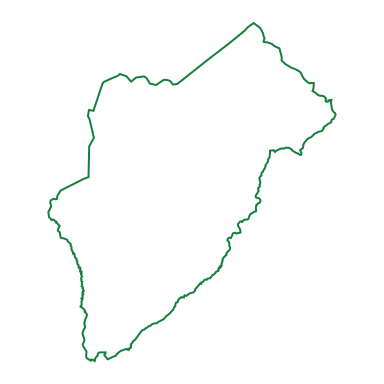 Ulma, Suceava, Romania (Albers equal-area conic projection)
{"feature_id": "2599482B36214324611415", "entity_name": "Ulma", "entity_type": "district", "adm_level": 2, "iso_a3": "ROU", "parent_name": "Romania", "parent_adm1": "Suceava", "projection": "albers", "projection_center": [25.264, 47.853], "detail": "fine", "context": "isolated", "style": "outline", "palette": "green", "viewbox_px": 384, "rotation_deg": 0, "n_neighbors": 0, "source": "geoboundaries", "source_scale": "gbopen_adm2", "svg_char_len": 5870}
<svg xmlns="http://www.w3.org/2000/svg" viewBox="0 0 384 384"><path d="M253.6,23.0L247.5,27.5L244.8,30.6L228.6,43.8L207.6,59.9L177.4,83.9L173.0,84.6L170.2,81.0L166.9,79.9L163.7,79.9L156.0,85.0L150.0,83.6L146.5,78.1L144.1,76.4L136.2,77.5L131.1,81.6L126.2,76.1L119.8,74.0L118.1,75.7L111.1,78.6L103.8,82.0L102.5,83.7L93.4,110.8L89.0,110.0L87.9,116.0L89.6,119.5L93.9,137.8L89.2,146.4L88.5,177.1L83.9,178.8L60.3,190.7L59.1,193.2L57.3,195.8L57.0,198.6L56.7,199.1L56.0,199.3L53.9,198.9L52.9,199.1L51.1,200.2L50.5,201.0L50.2,202.2L51.0,205.6L51.1,206.5L49.8,209.4L48.5,211.5L48.4,212.1L48.9,216.6L49.2,217.4L50.9,219.1L51.4,220.2L53.4,219.5L53.8,219.7L54.2,220.0L54.9,221.2L56.6,221.8L56.6,222.4L56.2,222.7L56.3,223.0L57.3,223.5L58.6,224.8L58.8,225.5L59.6,225.8L59.6,226.3L58.7,227.8L57.8,230.1L58.1,231.0L59.4,231.9L59.8,232.7L60.4,236.6L61.0,238.1L63.6,238.3L67.2,239.8L67.6,241.2L70.6,243.9L70.8,244.7L70.6,245.2L70.7,245.7L71.5,247.2L71.6,248.0L71.4,248.8L72.0,250.5L72.5,251.0L72.5,251.8L73.2,252.6L73.0,253.7L73.5,253.8L74.2,253.6L74.4,253.8L74.4,255.1L74.7,255.7L74.7,256.7L75.8,258.3L76.6,258.9L76.4,260.0L76.9,260.8L77.4,261.2L77.1,262.1L77.5,263.9L77.6,264.5L78.4,264.8L78.4,265.8L78.9,266.6L78.8,267.5L79.5,267.2L80.1,267.4L80.0,268.0L80.4,268.5L79.9,270.8L80.1,271.2L80.3,271.4L81.1,271.2L81.6,271.6L81.6,272.0L80.7,272.1L80.6,272.3L81.0,272.8L81.0,273.9L81.6,274.0L81.4,275.3L82.1,276.4L81.3,277.5L81.3,278.5L81.1,279.0L81.5,279.6L81.3,281.0L82.3,281.9L81.8,283.3L82.1,284.3L82.1,284.9L81.6,285.9L82.1,286.1L82.6,286.9L82.9,287.6L82.6,288.2L83.0,288.6L83.3,289.9L83.8,290.8L83.6,291.1L82.8,291.3L83.1,292.5L82.4,293.0L82.8,294.0L82.6,294.4L83.2,294.5L82.4,295.9L82.7,297.1L82.1,297.6L82.1,297.9L82.5,298.6L81.7,298.9L82.2,299.3L82.2,299.8L81.4,301.7L81.6,302.2L81.6,304.9L81.2,305.7L80.6,306.2L80.5,306.7L81.6,307.1L82.0,307.8L83.3,308.5L85.1,310.9L84.6,311.6L84.7,311.9L85.0,312.3L85.8,312.6L87.0,314.7L86.6,315.9L86.5,317.0L85.3,319.2L84.3,322.6L84.3,323.4L84.8,324.4L84.6,325.7L85.2,327.1L85.1,327.6L84.1,329.0L82.5,332.8L82.7,334.7L84.1,338.1L84.4,340.0L84.1,341.4L82.8,344.1L82.7,344.6L83.8,347.5L84.5,348.1L85.0,349.4L86.4,351.2L86.5,352.1L86.2,354.5L86.2,356.9L86.9,358.2L90.7,360.7L91.1,360.6L91.1,359.7L91.8,359.6L92.8,359.8L94.7,361.0L95.0,359.9L95.2,358.5L97.8,355.1L97.7,354.8L97.9,353.8L98.8,352.8L99.9,352.4L105.6,352.4L105.5,353.5L104.3,355.0L107.6,359.3L114.4,356.2L115.6,355.9L116.9,353.9L117.9,353.4L118.2,352.8L120.8,350.9L126.0,349.0L126.5,349.0L127.9,349.8L128.1,349.3L128.5,349.7L128.8,349.2L129.1,349.3L129.3,348.5L130.4,348.1L130.4,347.6L130.7,347.5L130.7,347.0L131.0,346.8L131.1,345.6L130.8,345.1L131.0,345.0L131.2,343.9L131.9,343.4L132.9,341.9L133.4,340.7L135.0,339.9L141.7,330.8L143.2,329.8L144.8,329.3L145.6,328.2L147.1,327.6L148.8,326.2L150.1,325.9L152.3,324.1L155.1,323.3L156.8,323.3L158.0,322.1L163.6,319.2L165.1,317.6L166.0,316.2L169.2,313.9L173.4,309.4L173.7,308.4L174.2,307.7L174.2,307.2L175.3,306.2L175.3,305.1L175.8,303.0L176.4,302.5L177.6,302.3L177.8,301.6L177.9,300.4L178.8,299.5L179.4,298.4L180.1,298.2L181.2,297.2L181.9,297.6L182.8,297.2L183.9,297.3L184.0,296.2L184.7,295.3L185.6,295.9L186.3,295.9L189.0,293.8L190.1,293.2L193.0,292.6L194.7,291.2L195.2,289.2L199.2,284.8L199.8,283.7L201.2,283.8L201.1,282.7L201.3,282.4L202.4,282.2L203.2,281.6L204.4,279.9L205.4,279.6L206.4,279.8L206.8,279.7L207.3,278.8L208.3,278.4L209.9,278.4L211.7,276.4L212.4,275.1L214.3,274.2L214.7,273.4L215.3,273.1L215.8,272.0L217.8,270.9L218.4,270.9L218.6,270.4L218.5,269.7L218.3,269.3L218.3,268.9L219.6,268.2L219.1,267.4L219.7,266.9L220.8,267.0L221.0,266.8L220.7,266.3L220.6,265.7L221.6,265.5L221.5,264.2L221.9,262.8L222.3,262.2L222.2,260.8L222.7,260.3L222.6,259.3L222.8,258.7L223.8,257.2L224.7,256.7L225.3,255.7L226.6,254.8L226.4,253.6L227.1,252.5L228.0,251.3L229.5,250.0L229.9,249.1L230.1,247.4L229.4,246.2L229.2,245.2L229.4,243.5L228.9,242.5L228.9,241.7L227.6,240.7L227.4,240.2L227.6,239.2L229.0,237.7L230.8,238.1L232.2,235.4L232.8,233.5L233.0,233.3L235.1,232.7L236.5,233.6L238.0,232.9L240.0,232.8L240.5,232.4L240.3,230.3L239.7,228.5L238.1,225.8L237.8,225.0L238.0,224.0L240.3,221.4L240.9,221.3L242.1,221.9L244.1,219.8L247.5,219.4L248.4,218.9L249.5,215.7L250.7,213.7L251.6,213.5L254.2,211.7L255.9,211.4L256.2,210.3L255.8,208.3L256.3,205.2L256.5,204.8L257.1,204.8L257.7,203.5L259.3,203.0L260.4,201.6L260.4,200.4L260.1,199.4L259.3,198.4L256.2,197.5L255.7,197.0L255.7,196.3L255.9,195.3L258.5,191.3L258.2,189.4L258.3,188.0L259.7,186.7L259.9,186.2L259.5,184.9L260.2,183.7L260.3,182.2L259.6,179.4L259.4,178.2L259.6,177.3L261.5,175.3L261.3,174.4L261.6,173.1L262.2,172.2L263.0,171.8L262.9,171.1L263.4,170.5L265.1,167.7L265.5,166.6L265.5,165.2L268.0,161.7L267.9,160.4L268.1,159.5L269.6,157.0L270.0,153.2L270.0,150.7L273.3,150.2L274.2,150.6L274.3,151.4L275.0,152.0L276.4,150.7L280.4,148.8L282.2,148.4L284.0,148.6L286.0,147.5L287.0,147.8L288.7,147.7L291.4,149.3L292.6,150.8L296.6,153.2L298.1,153.4L299.7,154.9L301.0,154.8L301.4,154.0L301.5,153.1L300.2,150.4L300.2,149.8L302.8,148.3L303.2,146.5L303.3,144.9L303.6,144.1L304.6,142.4L307.3,139.1L311.5,136.9L314.5,133.8L318.8,131.7L321.8,131.1L323.7,128.4L323.5,127.8L324.1,126.8L327.1,124.8L327.6,124.2L331.1,122.3L331.4,122.0L331.4,120.3L331.8,119.7L333.9,118.6L334.3,117.8L334.8,116.4L335.4,115.4L335.6,114.5L335.1,113.2L333.9,112.3L332.4,110.2L331.8,108.6L330.9,101.6L331.4,99.9L328.5,100.3L328.6,101.4L327.0,101.7L325.9,101.5L325.6,99.5L326.0,98.4L324.1,96.5L322.8,95.9L319.3,95.6L317.7,94.8L315.5,92.8L312.5,91.0L313.3,89.0L313.6,87.2L313.7,83.0L311.2,83.0L310.0,83.4L308.1,82.5L304.4,79.4L302.0,75.5L300.9,72.9L299.3,71.3L295.9,69.4L291.2,67.6L285.4,64.1L282.8,61.7L281.6,60.4L281.7,56.8L279.6,49.0L279.1,48.3L274.3,46.0L271.8,43.9L267.1,42.3L263.8,42.0L263.7,41.0L264.5,38.4L264.4,37.8L263.7,36.4L262.9,33.0L261.0,29.4L260.1,27.9L259.4,27.4L253.6,23.0Z" fill="none" stroke="#15803d" stroke-width="2"/></svg>